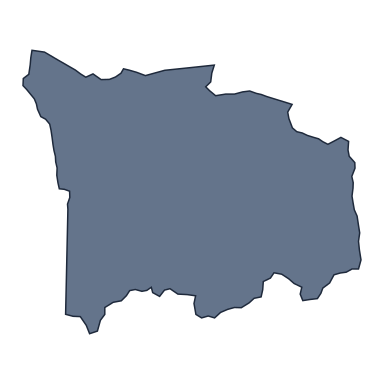 the district of Ibicaraí, Bahia, Brazil
{"feature_id": "56859067B48342412707100", "entity_name": "Ibicaraí", "entity_type": "district", "adm_level": 2, "iso_a3": "BRA", "parent_name": "Brazil", "parent_adm1": "Bahia", "projection": "mercator", "projection_center": [-39.566, -14.85], "detail": "fine", "context": "isolated", "style": "filled", "palette": "slate", "viewbox_px": 384, "rotation_deg": 0, "n_neighbors": 0, "source": "geoboundaries", "source_scale": "gbopen_adm2", "svg_char_len": 1781}
<svg xmlns="http://www.w3.org/2000/svg" viewBox="0 0 384 384"><path d="M32.0,50.3L30.8,57.8L30.2,64.8L28.8,74.3L23.3,78.5L23.0,85.6L26.6,89.4L34.3,98.8L36.4,103.9L37.5,109.2L40.8,116.6L45.6,119.2L49.7,124.1L51.0,130.1L52.1,137.5L53.0,144.6L54.0,150.6L55.4,156.3L55.7,161.9L57.1,167.9L56.8,175.3L58.0,183.0L59.3,188.8L64.3,189.3L69.6,191.2L69.8,197.5L67.5,204.1L67.9,209.3L65.6,314.3L73.1,316.3L80.3,316.6L86.3,325.4L89.6,333.7L97.4,331.1L100.4,320.3L104.8,314.4L104.8,307.5L113.2,302.3L121.3,300.8L126.4,295.7L129.7,290.6L135.3,289.5L141.9,291.3L146.8,290.4L151.3,287.3L152.7,292.6L159.6,296.4L164.5,290.1L170.0,288.7L177.9,294.1L187.3,294.6L195.6,295.8L194.0,303.5L195.9,314.4L201.6,317.9L208.2,316.0L214.6,317.9L220.6,312.4L227.6,309.4L234.4,307.5L241.3,307.7L249.2,302.8L254.1,298.3L261.1,296.9L262.7,289.8L263.3,281.5L270.4,278.1L274.0,272.8L281.7,274.2L288.6,278.7L294.1,283.5L301.8,287.2L300.2,294.1L302.8,300.6L309.8,299.5L317.4,298.6L320.9,293.3L322.8,288.1L329.6,283.0L334.0,274.8L340.3,273.0L346.2,272.2L352.0,269.0L358.5,269.0L361.0,259.9L359.4,249.9L358.5,241.3L359.7,232.9L358.5,225.4L357.1,216.1L354.3,209.8L353.0,202.4L352.0,196.1L353.0,188.2L353.2,182.7L351.8,176.4L355.0,168.2L354.8,162.6L349.2,156.3L348.0,150.0L348.6,141.4L340.9,137.4L334.6,140.8L327.9,144.3L322.8,141.7L318.6,138.8L313.7,137.4L307.3,135.4L302.3,133.0L296.8,131.7L292.4,127.9L288.9,118.6L287.7,112.1L292.1,104.4L266.6,96.5L261.3,94.5L256.4,93.4L249.7,91.0L242.6,91.9L234.4,94.1L225.6,94.1L215.6,95.7L209.6,90.7L205.7,86.8L210.7,81.9L211.8,73.1L214.3,65.1L189.8,67.7L164.7,70.3L145.4,75.6L136.6,72.3L129.0,70.1L123.5,68.8L121.0,73.2L115.5,77.0L109.4,79.4L101.1,79.6L93.0,73.9L85.8,77.2L80.5,73.9L75.3,70.0L57.4,59.7L44.5,52.1L32.0,50.3Z" fill="#64748b" stroke="#1e293b" stroke-width="1.5"/></svg>